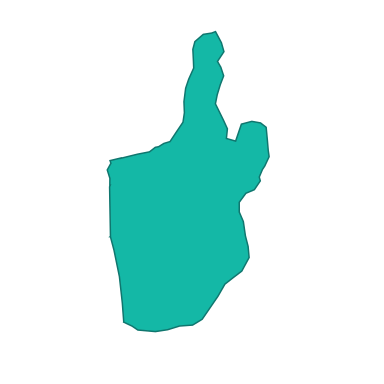 Leksand, Dalarna, Sweden (orthographic projection), rotated 304°
{"feature_id": "70781695B69535190961561", "entity_name": "Leksand", "entity_type": "district", "adm_level": 2, "iso_a3": "SWE", "parent_name": "Sweden", "parent_adm1": "Dalarna", "projection": "orthographic", "projection_center": [15.093, 60.74], "detail": "fine", "context": "isolated", "style": "filled", "palette": "teal", "viewbox_px": 384, "rotation_deg": 304, "n_neighbors": 0, "source": "geoboundaries", "source_scale": "gbopen_adm2", "svg_char_len": 1166}
<svg xmlns="http://www.w3.org/2000/svg" viewBox="0 0 384 384"><g transform="rotate(304 192 192)"><path d="M45.9,208.1L47.3,217.2L47.3,224.3L55.8,239.7L64.3,248.9L73.9,256.6L82.0,266.9L89.3,270.3L92.2,271.6L105.4,271.7L120.2,271.8L134.0,270.8L143.6,273.9L154.3,277.5L169.6,276.0L178.3,268.9L185.5,260.8L196.2,251.1L201.8,242.4L209.9,236.9L221.1,237.4L228.8,242.4L239.4,242.4L242.0,239.4L250.1,237.8L253.1,237.8L254.2,237.8L264.3,236.2L265.3,235.4L268.9,232.1L276.5,226.0L287.1,217.3L287.6,210.2L284.0,202.1L275.9,195.0L258.6,199.7L255.6,190.6L264.2,186.0L269.2,177.8L278.2,162.1L286.8,158.5L296.9,155.4L306.0,153.3L311.5,146.2L314.5,140.1L326.2,140.0L332.2,132.9L338.1,121.8L334.6,119.3L334.1,118.7L329.0,113.2L318.3,110.3L310.8,112.9L301.3,120.0L295.7,124.1L283.6,126.2L274.5,128.7L262.4,134.8L253.4,141.4L244.8,145.5L232.7,145.5L221.5,145.6L216.5,141.5L210.9,139.0L208.5,136.6L201.5,134.3L192.9,125.7L180.1,114.1L180.4,114.0L172.2,106.5L170.5,108.7L162.9,109.4L157.4,116.3L151.2,120.4L151.4,120.5L150.2,120.8L109.5,149.3L109.2,149.2L109.3,149.4L100.2,159.8L81.3,179.1L61.0,196.3L46.2,208.0L45.9,208.1Z" fill="#14b8a6" stroke="#0f766e" stroke-width="1.5"/></g></svg>